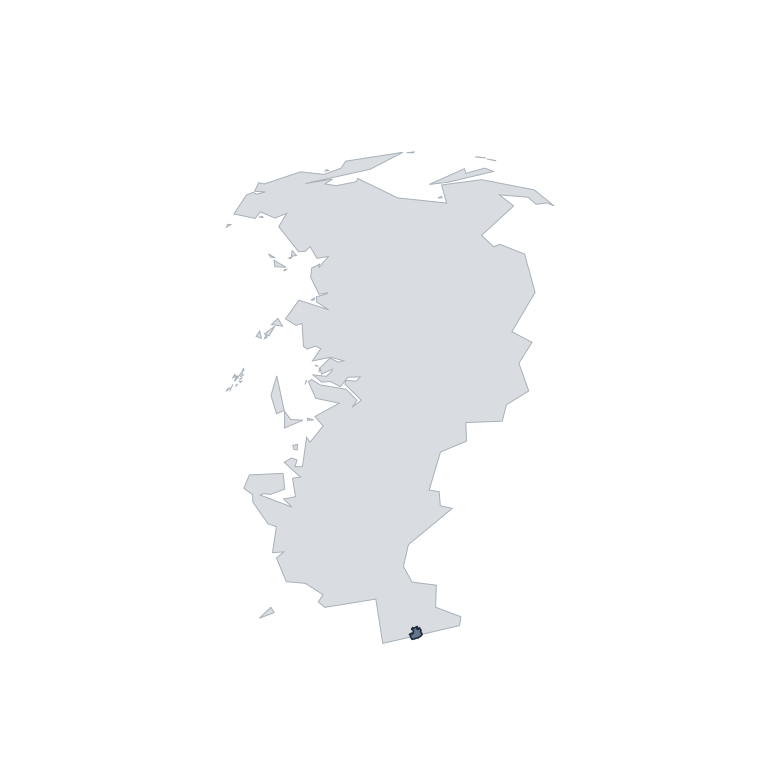 Karachay-Cherkess highlighted on a map of Russia, rotated 321°
{"feature_id": "RUS-2280", "entity_name": "Karachay-Cherkess", "entity_type": "Republic", "adm_level": 1, "iso_a3": "RUS", "parent_name": "Russia", "parent_adm1": "", "projection": "orthographic", "projection_center": [41.758, 43.838], "detail": "fine", "context": "in_parent", "style": "filled", "palette": "slate", "viewbox_px": 768, "rotation_deg": 321, "n_neighbors": 0, "source": "natural_earth", "source_scale": "10m", "svg_char_len": 6089}
<svg xmlns="http://www.w3.org/2000/svg" viewBox="0 0 768 768"><g transform="rotate(321 384 384)"><path d="M622.9,327.6L628.3,352.6L624.4,345.7L615.3,340.1L613.4,329.4L592.7,309.6L596.8,327.2L553.4,329.9L555.5,346.4L561.8,348.2L575.0,371.5L559.1,407.9L516.3,423.8L525.2,444.8L501.9,452.8L492.1,480.5L466.1,477.1L452.5,487.3L423.3,465.5L412.1,480.3L385.1,472.4L352.4,494.8L359.1,502.4L351.1,514.1L358.7,523.6L301.9,524.2L284.3,538.0L281.1,555.6L298.1,573.3L283.6,589.9L297.3,613.3L290.7,619.3L219.8,584.8L242.3,546.0L197.4,520.3L195.8,512.0L204.0,509.4L197.5,489.5L183.7,476.1L190.9,451.5L200.5,451.4L191.2,444.9L210.6,427.2L205.8,419.6L207.8,393.2L212.3,387.4L209.4,376.8L222.2,370.0L249.3,389.9L240.8,403.2L226.2,398.3L221.4,393.4L217.9,392.4L235.0,421.8L233.7,410.3L244.3,415.8L253.6,399.7L260.5,403.8L257.1,382.0L265.6,383.3L268.6,388.3L262.8,392.2L268.7,396.9L290.3,376.7L289.8,382.7L310.3,378.3L309.9,365.8L337.1,370.7L321.9,352.1L326.7,334.6L330.6,334.9L333.8,344.5L351.1,364.1L352.7,379.8L344.5,382.0L356.1,382.4L353.6,359.5L356.6,357.0L364.3,364.5L370.0,363.4L360.1,356.0L348.5,358.7L343.8,348.2L336.8,343.4L334.5,332.1L344.0,341.8L351.7,341.1L353.3,340.1L341.6,337.0L344.7,331.1L358.2,329.9L362.3,338.5L367.2,340.5L359.3,329.6L342.9,321.0L357.1,316.7L354.4,311.3L346.3,308.5L345.1,304.0L358.4,285.4L352.5,283.1L348.4,271.3L370.6,265.3L387.6,291.4L383.3,277.8L386.5,273.7L395.3,277.6L396.9,278.0L397.4,277.5L390.0,273.3L394.2,254.9L400.7,248.4L409.4,250.3L406.4,252.5L421.0,249.9L411.0,244.2L413.0,230.7L406.2,231.3L400.9,227.6L401.2,195.5L415.8,190.2L403.6,186.4L396.3,172.4L388.0,174.2L374.4,157.4L395.9,150.6L402.6,152.5L404.3,156.2L412.8,160.1L404.7,152.8L413.2,148.7L417.0,153.3L452.5,166.5L469.1,183.2L486.2,189.2L494.6,186.8L544.5,215.8L508.6,208.5L449.0,178.7L473.0,192.4L464.0,191.4L471.8,199.9L489.8,209.4L492.9,207.7L511.7,247.9L546.5,282.8L554.0,265.6L588.4,286.6L622.9,327.6ZM305.8,310.2L289.8,341.8L281.8,339.5L288.9,321.8L305.8,310.2ZM544.8,257.4L582.0,267.3L580.3,271.9L598.1,279.6L602.7,287.6L560.9,267.6L544.8,257.4ZM279.0,355.6L289.5,342.7L289.2,352.9L298.2,361.1L279.0,355.6ZM381.3,231.6L373.0,224.1L376.4,218.6L381.3,231.6ZM322.6,269.8L335.4,270.4L324.9,274.3L322.6,269.8ZM314.6,266.6L320.7,264.6L317.5,271.3L314.6,266.6ZM333.9,267.0L342.8,266.2L341.6,275.2L333.9,267.0ZM378.8,217.4L375.6,214.0L376.1,210.3L378.8,217.4ZM139.7,487.6L155.5,486.3L154.8,492.5L139.7,487.6ZM262.8,290.8L266.3,289.1L259.4,292.6L262.8,290.8ZM392.5,226.3L396.6,222.6L396.8,229.1L392.5,226.3ZM278.9,376.6L275.1,380.5L272.8,378.3L274.5,374.3L278.9,376.6ZM269.4,287.8L272.4,286.0L274.5,287.1L269.4,287.8ZM280.5,285.4L280.2,288.6L277.3,288.1L277.2,286.2L280.5,285.4ZM283.9,285.1L281.0,285.4L284.4,283.6L283.9,285.1ZM302.9,362.3L306.8,367.7L301.8,364.2L302.9,362.3ZM322.8,271.7L322.7,274.2L319.6,273.6L322.8,271.7ZM270.4,284.0L274.1,282.5L273.4,284.8L270.4,284.0ZM363.1,161.6L365.3,163.7L360.1,162.9L363.1,161.6ZM259.2,289.3L262.1,290.0L256.6,290.5L259.2,289.3ZM325.9,332.6L322.4,334.7L325.7,332.3L325.9,332.6ZM380.5,272.9L384.8,273.5L381.7,274.5L380.5,272.9ZM391.7,175.6L395.0,177.2L394.8,178.4L391.7,175.6ZM276.7,290.2L274.3,289.5L277.9,289.7L276.7,290.2ZM274.2,284.7L276.1,286.5L273.3,285.7L274.2,284.7ZM597.7,264.8L600.6,267.3L605.4,272.5L597.7,264.8ZM273.2,290.7L275.2,292.3L273.3,292.4L273.2,290.7ZM344.0,330.6L342.3,333.3L341.5,333.4L344.0,330.6ZM474.4,181.4L475.7,183.6L472.4,181.4L474.4,181.4ZM389.2,226.2L392.3,227.4L390.2,227.7L389.2,226.2ZM543.0,273.3L546.8,274.5L546.1,275.8L543.0,273.3ZM547.2,218.5L553.5,222.6L552.5,222.9L547.2,218.5ZM270.2,291.7L268.5,292.6L267.7,292.1L270.2,291.7ZM342.5,325.7L343.7,328.2L342.7,327.9L342.5,325.7ZM379.0,232.5L381.0,233.9L377.0,233.0L379.0,232.5ZM610.9,280.6L605.7,273.8L611.7,281.1L610.9,280.6Z" fill="#d9dde1" stroke="#a8b0b8" stroke-width="1"/><path d="M247.4,601.5L247.2,601.4L246.3,600.7L246.1,600.6L245.4,600.3L245.1,600.1L245.1,599.9L245.1,599.7L245.2,599.4L245.3,599.3L245.3,599.2L245.2,599.0L245.2,598.9L245.2,598.7L245.2,598.4L245.3,598.3L245.4,598.2L245.3,597.8L245.3,597.7L245.7,596.9L245.7,596.6L245.8,596.5L246.0,596.5L246.1,596.4L246.2,596.2L246.3,596.2L246.5,596.2L246.8,596.0L246.8,595.9L246.7,595.7L246.6,595.3L246.2,594.9L246.2,594.7L246.3,594.7L246.5,594.6L247.0,594.8L247.4,594.8L247.5,594.9L247.7,595.0L247.8,595.0L248.0,594.9L248.1,595.0L248.3,595.1L248.8,595.1L249.0,595.2L249.0,595.3L249.1,595.5L249.0,595.8L249.2,595.7L249.3,595.6L249.2,595.8L249.2,596.0L249.3,596.0L249.4,595.9L249.5,595.8L249.9,595.9L250.0,595.9L250.1,595.7L250.3,595.5L250.5,595.4L250.5,595.2L251.1,594.9L251.3,594.5L251.4,594.4L251.6,594.0L251.7,593.8L251.7,593.7L251.7,593.4L251.7,593.1L251.6,592.9L251.2,592.7L251.1,592.4L251.1,592.2L251.5,592.1L251.6,591.9L251.8,591.8L251.8,591.7L252.1,591.8L252.1,591.7L252.3,591.7L252.5,591.5L252.9,591.4L253.0,591.4L253.0,591.5L253.2,592.0L253.3,592.3L253.7,592.5L253.8,592.6L254.2,592.6L254.4,592.6L254.6,592.7L255.0,592.8L255.4,592.9L255.7,593.0L255.8,593.1L255.8,593.3L256.0,593.4L256.4,593.3L256.5,593.3L256.6,593.2L256.8,593.2L257.1,593.2L257.2,593.5L256.9,593.7L256.9,593.8L256.7,593.9L256.3,594.0L256.2,594.2L256.2,594.3L255.8,594.6L255.7,594.6L255.5,594.8L255.5,595.0L255.5,595.3L255.7,595.5L255.8,595.6L255.9,595.8L255.9,596.0L256.0,596.1L256.3,596.2L256.8,596.1L256.6,595.8L256.6,595.7L256.8,595.6L257.1,595.5L257.3,595.4L257.4,595.5L257.2,595.8L257.2,596.0L257.3,596.1L257.6,596.1L257.8,596.1L257.7,596.2L257.6,596.3L257.7,596.5L257.8,596.5L257.9,596.8L257.8,597.1L257.9,597.4L258.0,597.5L257.9,598.5L257.8,598.8L257.7,598.8L257.2,599.0L256.7,599.2L256.6,599.3L256.5,599.5L256.7,599.8L256.7,600.3L256.5,600.9L256.2,601.2L256.2,601.4L256.3,601.9L256.3,602.0L256.2,602.2L256.2,602.4L256.0,602.7L255.9,602.7L254.8,602.8L254.6,602.8L254.1,603.1L253.9,603.2L253.7,603.2L253.3,603.0L253.1,602.9L252.9,602.9L252.4,603.0L252.2,603.0L251.8,602.8L251.5,602.8L251.1,602.9L250.8,602.9L250.7,602.8L250.4,602.5L250.2,602.4L249.9,602.3L249.8,602.2L249.7,602.1L249.6,601.9L249.4,601.7L248.9,601.8L248.7,601.7L248.3,601.4L248.0,601.4L247.4,601.5Z" fill="#64748b" stroke="#1e293b" stroke-width="1.5"/></g></svg>